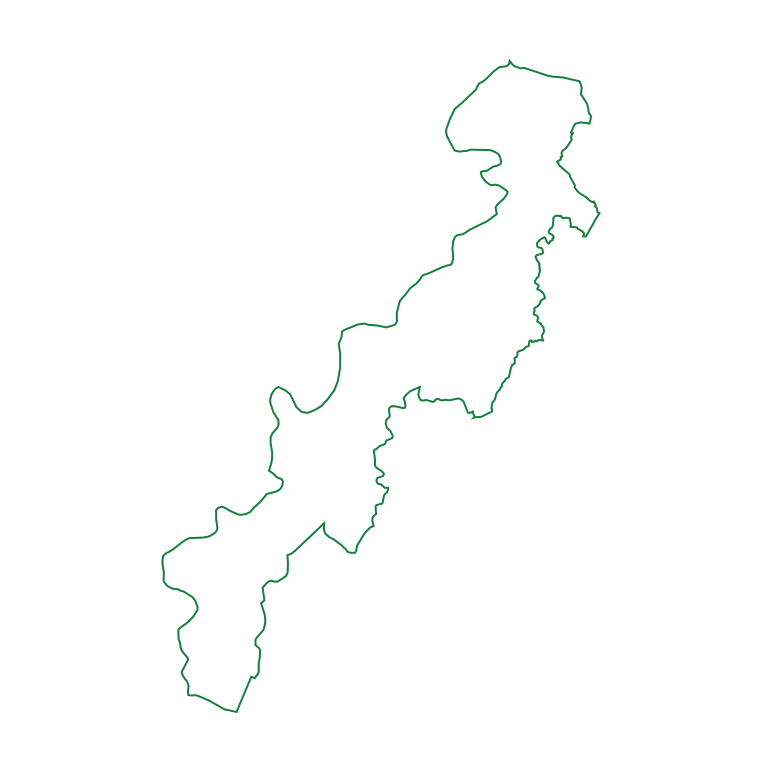 Tuzamapan de Galeana, Puebla, Mexico (Mercator projection), rotated 347°
{"feature_id": "50627088B82923584373412", "entity_name": "Tuzamapan de Galeana", "entity_type": "district", "adm_level": 2, "iso_a3": "MEX", "parent_name": "Mexico", "parent_adm1": "Puebla", "projection": "mercator", "projection_center": [-97.528, 20.103], "detail": "fine", "context": "isolated", "style": "outline", "palette": "green", "viewbox_px": 768, "rotation_deg": 347, "n_neighbors": 0, "source": "geoboundaries", "source_scale": "gbopen_adm2", "svg_char_len": 6165}
<svg xmlns="http://www.w3.org/2000/svg" viewBox="0 0 768 768"><g transform="rotate(347 384 384)"><path d="M123.3,642.9L125.9,644.1L130.6,644.9L134.0,647.0L142.3,653.1L155.4,665.1L166.5,670.4L188.9,639.4L191.8,641.6L196.1,637.9L197.2,636.1L199.3,627.4L201.2,623.2L203.3,616.1L203.1,613.6L200.0,609.4L201.3,604.2L202.3,603.0L210.9,596.7L212.4,594.6L214.4,590.1L215.2,587.7L215.9,582.0L214.9,569.8L218.8,567.9L219.9,555.2L224.4,551.9L227.6,550.3L230.0,550.3L233.1,552.1L236.0,552.6L245.3,549.1L247.8,545.8L250.1,536.9L251.4,529.1L255.4,528.6L260.0,526.4L294.3,506.2L292.7,512.6L293.2,516.8L296.3,520.9L300.0,524.0L306.7,532.0L308.1,534.5L309.3,535.7L310.7,539.3L313.5,541.0L317.8,541.9L319.5,540.2L320.9,536.3L322.5,534.3L331.6,525.0L338.3,520.6L341.9,520.1L341.9,514.3L342.9,511.6L343.8,510.5L347.0,508.9L348.3,501.3L349.4,500.3L355.3,500.1L356.1,499.1L358.6,493.4L359.6,492.0L362.7,490.0L364.5,487.2L364.7,486.1L361.5,485.4L358.6,481.2L355.8,480.0L354.9,477.9L355.0,476.0L356.3,474.1L362.1,473.4L363.1,472.8L363.6,471.6L363.5,470.7L361.9,468.1L357.9,464.0L357.1,462.3L356.9,461.1L358.2,455.8L359.1,446.6L360.6,445.7L361.9,445.8L365.3,443.6L371.3,442.8L373.6,439.6L379.7,438.6L380.7,437.0L380.7,435.7L379.6,431.2L377.0,427.2L376.7,422.9L378.3,419.4L381.8,417.5L382.4,416.3L383.1,409.5L384.1,408.4L385.9,407.4L387.9,407.7L390.9,408.7L397.1,411.8L399.2,411.8L400.0,409.6L400.4,405.5L399.9,403.3L400.2,402.0L404.0,399.0L408.3,396.8L418.2,395.0L415.1,402.0L415.2,405.1L416.3,408.1L418.9,409.1L421.6,409.0L427.6,412.5L429.6,412.0L430.1,411.3L432.0,410.4L433.8,410.8L435.2,412.3L437.7,413.2L439.6,413.0L444.2,414.6L453.3,414.8L456.2,417.0L457.6,419.0L459.3,430.7L461.8,431.6L464.4,430.8L464.3,433.0L464.9,436.0L464.7,436.5L463.8,437.1L466.2,437.0L471.0,437.9L482.9,435.2L483.8,433.2L483.1,431.9L485.5,426.3L487.4,425.2L488.8,423.7L491.0,419.2L493.2,416.9L495.6,415.5L496.6,413.7L497.7,413.5L498.6,412.5L498.7,410.9L500.4,409.2L502.6,408.1L503.6,406.6L507.2,405.5L510.9,397.7L513.0,394.5L516.1,393.3L516.9,388.3L517.9,387.7L519.3,387.6L520.7,385.3L521.1,383.4L522.3,382.5L527.5,381.9L530.7,379.8L533.5,379.5L535.2,375.1L536.0,374.6L537.5,374.8L537.7,376.3L539.8,376.5L541.2,375.8L542.4,376.8L544.6,375.8L548.7,377.4L548.5,373.5L548.8,372.2L551.7,369.1L552.1,364.6L551.0,362.9L550.0,359.6L548.7,359.0L547.4,357.5L549.0,353.9L548.6,352.0L545.7,350.0L546.0,348.4L547.2,346.7L547.1,344.8L547.5,344.0L551.7,342.5L553.8,340.9L555.1,339.2L555.2,338.2L560.2,336.4L560.1,333.6L559.4,330.8L556.7,327.5L554.9,326.4L554.8,325.6L556.8,323.4L556.7,322.3L554.1,319.7L554.0,318.8L554.1,317.8L555.9,315.9L557.1,314.8L558.5,314.4L561.7,308.1L561.8,307.1L561.3,306.4L562.1,304.9L561.7,303.1L562.6,302.2L561.9,299.7L560.8,298.0L560.3,293.9L562.0,292.8L567.3,292.6L568.5,291.7L568.6,288.2L567.9,286.9L564.8,285.4L564.4,284.3L564.6,282.0L565.3,280.6L568.9,278.4L573.2,277.0L573.9,277.6L574.6,281.8L575.8,284.2L576.6,284.1L577.9,282.4L580.7,281.8L580.8,280.2L581.9,280.0L582.4,278.8L581.3,276.2L578.8,274.4L578.8,272.5L580.8,270.2L582.5,269.5L583.8,268.3L585.9,262.6L586.1,260.8L587.8,259.1L589.8,258.8L591.3,259.1L592.5,259.9L594.2,260.1L594.2,260.8L595.8,262.9L599.3,263.0L602.2,264.5L601.9,271.1L601.0,272.5L601.8,273.1L607.1,274.7L607.6,276.3L611.6,279.8L612.9,282.4L611.3,285.0L614.0,285.7L628.1,270.2L632.4,266.2L631.4,265.6L630.6,264.2L631.0,260.6L629.6,258.3L630.7,257.2L629.5,253.5L628.7,254.1L625.8,251.8L623.7,248.7L623.9,248.5L617.4,242.0L616.1,240.2L613.9,235.3L614.7,233.4L611.9,224.2L612.1,222.0L611.7,221.1L604.6,211.5L602.7,206.3L606.8,205.0L607.3,202.5L608.8,202.5L608.9,199.0L610.1,197.0L614.5,195.2L621.9,188.2L621.7,185.2L624.4,182.2L622.8,181.4L626.2,176.3L629.0,173.4L634.7,173.4L640.2,175.3L642.8,176.6L644.7,172.9L645.9,169.6L645.7,168.4L644.8,167.1L644.5,164.5L645.0,162.6L644.9,156.7L641.1,146.0L643.3,139.7L642.7,133.1L627.2,125.5L617.9,122.6L612.3,120.1L591.9,107.6L587.9,107.1L582.6,103.6L581.3,102.0L579.1,97.6L578.0,100.2L575.3,101.9L567.5,101.3L561.0,104.2L553.9,108.7L548.1,111.8L544.8,112.3L542.2,114.6L539.9,117.8L524.0,127.2L515.0,131.8L507.9,140.6L501.7,150.3L501.2,152.6L501.1,156.8L505.2,172.1L506.2,172.9L509.8,174.5L517.6,175.5L520.8,175.1L539.1,179.7L541.2,180.6L544.7,183.2L547.2,185.7L548.1,188.6L548.2,194.1L546.8,195.9L543.1,196.8L539.5,196.7L532.5,199.3L527.1,198.9L526.2,199.3L525.9,200.2L526.1,204.6L528.9,210.1L531.7,213.3L533.5,214.6L537.3,214.8L540.2,216.2L541.6,217.2L547.5,223.9L547.5,225.1L547.0,226.1L543.0,230.0L534.5,234.9L532.4,237.2L532.1,243.8L521.1,248.6L502.6,252.9L494.6,255.8L489.2,255.4L486.3,256.6L483.8,260.1L481.0,267.8L480.4,274.0L479.5,277.5L477.7,281.2L476.3,282.5L475.2,283.0L472.9,282.7L466.4,283.4L451.8,286.3L446.9,286.7L444.9,287.7L443.1,289.9L437.7,293.6L431.1,296.5L425.4,301.4L418.8,306.0L417.2,308.2L412.3,318.1L410.7,325.6L409.7,327.3L407.2,328.9L399.0,329.4L390.9,325.6L382.1,322.8L378.7,320.8L372.2,320.1L359.9,322.0L356.6,322.7L354.8,323.7L353.3,328.5L348.9,334.7L348.1,344.9L344.9,358.3L339.7,370.8L334.0,379.1L325.0,386.7L318.1,391.4L312.1,393.4L304.7,394.9L302.0,394.6L297.5,392.7L293.4,386.7L290.3,372.9L286.2,367.8L280.6,363.2L277.4,364.1L275.6,365.3L272.3,368.5L269.4,373.9L269.0,377.9L270.0,387.4L270.8,388.7L272.0,393.1L273.0,394.5L272.4,399.2L270.4,402.5L263.9,407.2L261.5,410.6L260.2,416.1L259.6,425.9L257.9,432.1L256.6,435.3L252.4,442.7L255.4,445.7L258.6,450.7L262.8,453.7L263.6,455.8L262.5,459.3L259.7,462.8L255.4,464.5L245.1,464.8L237.5,470.7L229.3,475.3L224.8,478.6L220.6,479.6L214.8,479.3L212.1,478.0L205.5,473.0L201.1,468.8L198.4,467.1L194.8,467.2L192.0,469.1L190.0,478.3L189.3,487.0L187.7,489.5L186.0,490.9L180.3,492.9L178.0,493.2L173.0,492.9L159.6,490.4L157.2,490.8L152.6,492.4L141.1,497.7L137.2,499.1L134.1,499.7L131.0,501.3L129.8,502.5L128.2,507.0L127.4,512.3L127.2,517.9L125.0,526.0L125.3,527.9L127.6,532.3L131.8,535.8L137.6,537.9L139.4,539.8L141.9,540.9L149.6,548.7L151.3,552.5L152.2,559.9L151.4,562.3L145.8,567.8L138.8,572.3L130.6,575.6L128.8,576.7L128.1,578.0L126.5,586.5L127.0,589.9L126.6,595.7L127.2,599.0L130.9,606.4L131.1,608.7L122.2,618.9L122.1,621.8L123.8,627.1L124.9,628.3L125.6,632.2L125.6,634.6L123.8,639.1L123.3,642.9Z" fill="none" stroke="#15803d" stroke-width="2"/></g></svg>